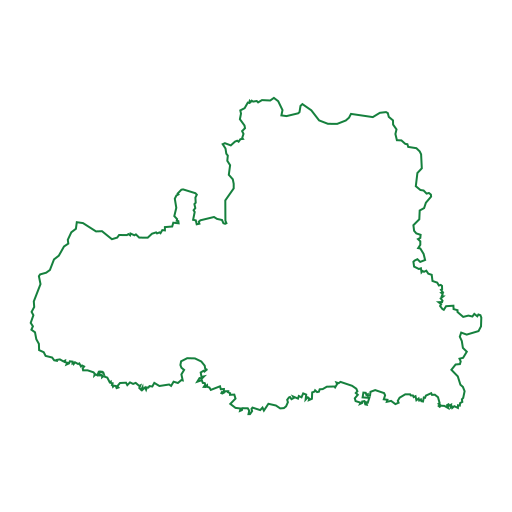 the district of Pacitan, Jawa Timur, Indonesia
{"feature_id": "22746128B46377021687256", "entity_name": "Pacitan", "entity_type": "district", "adm_level": 2, "iso_a3": "IDN", "parent_name": "Indonesia", "parent_adm1": "Jawa Timur", "projection": "albers", "projection_center": [111.181, -8.102], "detail": "fine", "context": "isolated", "style": "outline", "palette": "green", "viewbox_px": 512, "rotation_deg": 0, "n_neighbors": 0, "source": "geoboundaries", "source_scale": "gbopen_adm2", "svg_char_len": 6052}
<svg xmlns="http://www.w3.org/2000/svg" viewBox="0 0 512 512"><path d="M351.0,113.9L349.0,117.7L345.8,120.5L337.1,123.9L327.9,123.8L319.1,120.4L311.3,110.3L302.4,104.1L300.5,105.9L299.5,112.1L298.2,113.3L286.5,116.1L281.4,115.4L282.5,110.1L278.2,101.2L273.9,97.9L270.2,100.5L262.0,100.1L258.1,102.4L256.7,101.0L253.1,101.6L251.7,100.7L250.6,102.1L249.7,101.0L249.2,102.9L247.8,102.6L244.6,108.2L240.3,110.4L241.0,113.6L239.9,119.2L244.5,125.5L245.0,128.2L242.1,131.1L243.5,133.9L242.2,137.9L242.9,138.9L240.4,139.2L238.6,141.7L237.2,140.7L235.0,141.6L230.8,145.4L224.9,143.2L222.7,144.2L225.5,148.5L226.3,153.7L227.8,155.6L227.3,160.8L230.1,165.2L228.8,174.8L232.8,179.3L233.7,183.8L233.7,188.4L225.3,200.4L225.4,220.7L226.4,223.2L225.1,223.8L223.4,223.2L222.0,220.0L217.0,218.9L214.0,217.0L200.4,220.3L198.8,221.7L199.4,223.7L196.7,224.3L195.8,220.4L193.1,219.8L194.7,212.0L193.6,210.2L195.3,208.1L194.4,204.1L195.7,202.7L195.4,197.6L196.8,194.7L195.4,193.2L183.1,189.4L181.4,189.7L177.7,193.5L178.4,194.4L176.4,195.5L174.8,198.7L176.3,207.8L174.3,216.1L177.1,219.1L176.7,220.8L178.3,221.1L178.6,223.3L173.3,222.7L172.2,226.5L164.9,227.1L164.9,230.4L162.3,230.1L160.5,233.2L159.5,232.4L157.0,233.4L156.1,232.4L152.0,233.7L147.7,237.7L139.2,237.6L135.9,234.4L134.4,235.3L130.5,233.5L130.1,235.3L128.4,234.1L126.9,235.1L119.1,235.0L117.2,237.6L111.9,239.2L102.0,231.2L96.0,231.4L83.0,223.1L76.8,222.2L75.9,228.8L71.3,232.3L67.8,239.8L68.3,243.6L64.0,246.5L58.8,255.7L54.0,259.4L49.9,270.0L46.2,272.7L40.1,274.4L38.9,276.2L40.5,284.1L33.8,301.4L34.2,307.0L31.6,311.9L33.4,315.2L30.7,322.9L32.9,326.3L31.4,329.7L35.0,332.3L36.3,339.2L38.9,343.9L39.1,350.1L43.7,352.2L45.6,355.9L52.1,357.5L54.2,360.3L56.8,360.8L56.7,359.9L59.9,359.4L63.4,361.4L65.1,360.6L64.9,362.1L67.2,362.7L66.5,364.5L69.0,363.4L69.8,361.3L72.5,361.6L72.5,363.5L73.5,362.9L73.8,363.9L75.0,362.3L78.1,364.0L79.3,363.4L81.0,366.5L82.1,365.5L84.1,366.5L82.7,368.4L83.1,370.3L87.5,370.3L93.5,372.3L94.7,373.7L94.4,375.5L95.6,374.4L97.3,375.3L98.8,371.7L99.9,371.5L102.4,371.8L103.3,372.5L103.6,373.4L102.0,372.0L98.9,372.4L99.2,374.4L100.3,374.6L99.7,375.4L102.4,375.4L102.2,377.1L103.3,376.2L107.3,377.6L109.7,382.3L110.8,381.6L110.9,382.9L112.6,383.3L111.6,385.9L112.4,384.7L113.0,386.7L113.9,385.7L115.8,386.0L116.6,388.1L118.4,387.5L117.3,386.2L120.0,383.0L126.0,382.7L127.3,385.1L130.0,382.4L133.1,383.9L135.7,382.9L139.2,385.9L140.3,385.4L139.3,388.0L141.2,389.9L142.5,387.2L142.7,389.6L145.1,387.4L146.1,389.7L146.9,387.4L148.4,387.6L149.5,386.1L152.3,386.5L154.3,382.9L159.4,386.0L169.1,384.5L171.1,385.9L173.6,381.7L177.9,383.0L181.3,380.1L182.7,380.4L181.4,374.4L184.1,369.9L181.4,367.7L180.4,365.0L181.1,361.3L187.2,358.2L194.9,358.4L201.3,361.5L204.7,365.7L205.4,369.8L207.3,369.2L204.4,371.6L203.5,370.8L200.7,372.5L201.5,376.9L204.0,376.4L201.9,378.5L199.5,378.1L197.3,381.7L201.8,380.2L202.8,382.9L204.7,383.1L205.3,384.6L203.8,386.9L205.7,387.0L207.1,385.5L207.2,386.8L209.4,387.5L210.8,389.9L220.0,386.3L220.8,389.2L223.9,389.0L223.8,391.3L228.2,391.2L228.0,392.2L230.1,393.2L230.0,394.8L234.3,394.6L235.5,398.6L230.3,403.9L235.5,407.9L240.6,408.5L240.0,410.9L241.9,410.1L242.4,408.2L247.8,408.3L249.2,410.7L248.5,414.1L250.0,414.1L252.1,411.1L251.5,408.9L252.5,407.6L260.2,410.1L262.5,407.6L263.9,410.6L268.4,403.8L275.9,405.5L280.2,408.4L283.9,408.1L286.1,406.3L287.9,402.2L287.2,399.8L289.0,397.4L290.0,397.0L291.5,399.2L293.9,397.9L293.1,396.5L298.0,398.6L298.8,396.0L301.5,397.3L303.2,393.4L306.2,394.6L305.6,399.6L307.8,397.3L309.3,398.6L308.9,400.1L311.9,398.8L312.2,392.4L314.5,391.6L315.1,390.3L317.1,392.1L318.9,391.7L319.7,389.3L322.7,389.1L326.8,386.7L334.4,386.5L335.1,387.4L337.1,384.1L336.4,382.5L338.6,383.2L340.5,381.9L352.1,385.8L356.3,388.7L357.4,391.3L355.8,393.0L357.8,394.8L354.8,398.3L355.6,401.1L360.7,402.7L360.1,403.9L362.1,403.0L362.2,401.5L364.4,401.1L365.3,404.4L366.8,404.7L366.1,402.2L367.8,402.6L369.3,397.9L362.6,397.4L363.4,392.6L365.7,392.8L366.4,394.9L367.8,394.2L367.8,395.7L370.0,395.7L370.5,391.8L375.2,390.1L384.1,393.1L385.1,395.3L383.8,399.3L387.4,399.8L386.8,401.8L391.1,400.9L395.4,404.1L398.6,402.7L397.8,400.8L399.6,397.7L405.3,394.3L410.1,394.3L410.7,395.4L413.0,395.5L413.7,397.1L415.5,396.2L416.4,400.2L418.6,398.5L419.2,400.5L420.9,399.4L421.4,401.2L423.0,401.5L423.8,397.5L425.0,397.8L425.9,395.6L431.2,393.2L432.0,394.9L434.8,394.7L438.0,397.2L439.6,403.0L438.6,403.8L439.9,404.8L438.7,406.0L439.7,406.8L440.8,405.7L444.4,405.9L448.1,408.0L447.1,405.1L448.5,404.3L449.3,405.7L451.1,404.7L450.8,407.5L452.1,406.8L452.3,407.9L454.3,406.2L457.9,407.9L458.0,405.3L459.8,405.6L460.1,403.1L462.3,401.9L461.9,399.3L463.2,397.9L464.6,391.2L462.9,386.9L460.4,384.7L457.8,376.4L451.4,369.8L455.6,364.5L459.9,364.1L460.7,361.5L459.5,358.7L463.1,357.8L466.8,351.7L462.9,347.9L461.8,341.0L459.8,336.7L461.2,332.6L466.7,334.6L478.5,331.1L481.0,326.4L481.3,317.6L480.4,315.2L478.4,314.5L477.3,316.3L474.3,313.9L472.4,316.5L468.4,315.6L463.2,316.9L457.5,312.0L457.5,310.2L453.6,309.1L453.4,305.7L446.1,306.2L443.8,309.8L442.4,309.0L440.1,306.0L441.2,304.2L438.6,302.2L442.1,302.0L442.5,300.7L440.7,298.4L443.3,296.3L441.8,296.1L442.7,293.8L441.3,292.8L442.8,292.2L441.0,289.8L442.1,289.2L442.0,285.9L440.7,284.9L438.9,285.5L437.2,282.6L432.5,281.0L431.7,274.8L428.3,273.7L426.3,270.7L424.0,271.8L422.6,271.0L421.5,272.3L420.9,268.3L418.9,269.0L414.1,266.6L413.4,261.8L414.6,260.6L417.4,259.2L420.2,261.9L425.1,260.0L423.6,253.9L420.3,248.5L418.2,248.1L420.3,244.8L420.3,241.3L418.0,239.1L420.3,237.9L420.6,234.8L416.3,233.4L414.1,230.8L413.4,225.2L419.3,219.3L419.7,210.5L424.1,208.1L425.9,202.7L431.1,196.6L430.9,194.6L428.9,193.0L426.6,193.6L423.6,190.5L420.4,190.0L415.8,186.2L417.4,173.0L421.8,168.3L421.1,154.3L419.7,151.4L416.4,148.2L408.2,146.9L407.4,144.2L405.3,143.9L401.4,140.4L396.9,140.2L395.4,134.0L396.5,129.4L393.1,124.6L393.0,120.4L388.8,116.9L387.8,113.1L386.0,112.1L379.9,112.8L372.8,117.1L351.0,113.9ZM223.6,392.8L222.0,392.0L221.4,393.1L222.3,393.5L223.6,392.8Z" fill="none" stroke="#15803d" stroke-width="2"/></svg>